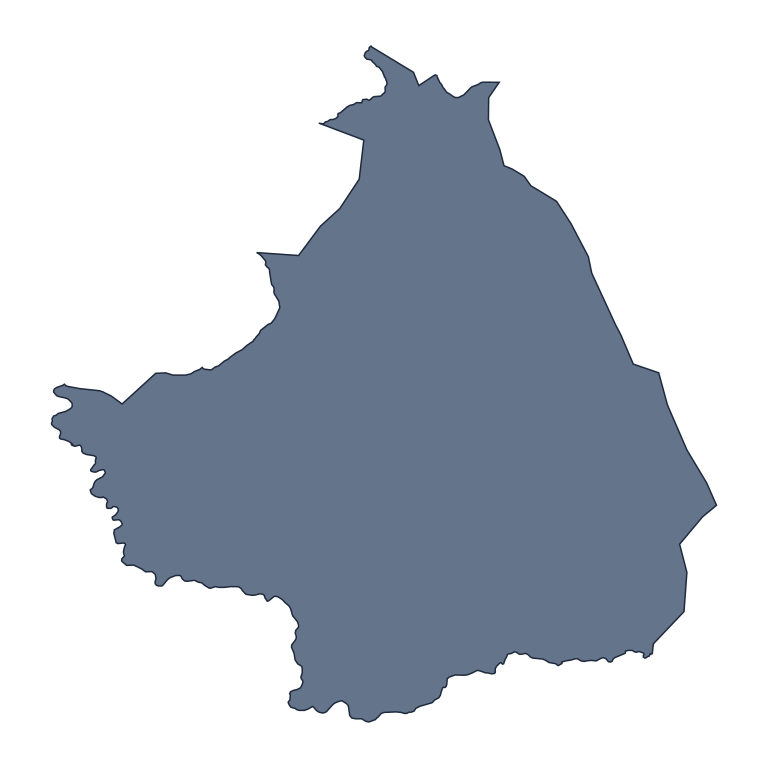 Arbulag, Hövsgöl, Mongolia (Natural Earth projection)
{"feature_id": "93677404B38396259035136", "entity_name": "Arbulag", "entity_type": "district", "adm_level": 2, "iso_a3": "MNG", "parent_name": "Mongolia", "parent_adm1": "Hövsgöl", "projection": "natural_earth1", "projection_center": [99.205, 49.962], "detail": "fine", "context": "isolated", "style": "filled", "palette": "slate", "viewbox_px": 768, "rotation_deg": 0, "n_neighbors": 0, "source": "geoboundaries", "source_scale": "gbopen_adm2", "svg_char_len": 6005}
<svg xmlns="http://www.w3.org/2000/svg" viewBox="0 0 768 768"><path d="M499.2,82.3L482.7,82.2L480.6,82.8L478.2,84.5L472.4,86.6L471.0,87.5L463.7,95.0L458.2,97.6L455.4,97.5L453.8,96.9L448.8,93.4L447.4,92.8L446.0,91.5L444.9,89.7L443.1,87.6L441.5,84.3L440.0,82.8L437.2,76.9L436.9,75.5L435.2,74.9L434.0,75.5L418.8,85.6L413.5,72.3L372.1,47.2L371.0,46.1L369.3,47.4L368.9,49.9L368.4,50.5L366.6,51.3L365.4,52.5L364.2,55.6L364.8,57.0L366.7,59.1L370.8,59.9L371.6,60.4L372.2,61.6L374.7,63.7L376.7,66.4L378.9,67.1L382.6,71.7L383.5,74.6L384.3,75.6L384.3,76.8L385.4,78.0L387.1,83.1L386.7,84.8L385.1,87.1L385.2,91.9L380.7,96.1L374.3,96.6L372.7,97.3L369.7,100.0L368.9,100.3L366.8,99.2L362.9,99.6L362.3,100.4L362.0,102.4L361.5,102.8L356.7,102.6L353.5,104.5L349.8,105.4L347.0,107.0L340.4,112.7L338.2,113.5L337.8,114.4L338.1,116.3L335.9,118.4L333.2,119.5L330.1,119.6L327.7,121.4L325.6,121.8L324.2,123.2L323.0,123.9L318.8,123.1L363.8,140.1L359.2,179.2L339.8,208.5L320.4,226.2L298.6,255.5L256.6,252.6L258.2,253.4L261.0,255.5L265.6,261.0L265.8,262.1L265.4,264.9L267.3,267.3L268.2,267.7L269.5,269.7L269.6,272.1L271.4,283.4L272.0,285.0L273.8,287.2L274.1,289.1L273.9,292.3L274.4,293.9L278.9,301.3L279.8,307.7L274.9,318.5L271.1,323.3L268.3,324.3L260.6,330.4L259.2,333.6L256.2,336.9L255.2,338.6L254.1,339.4L253.2,341.1L246.8,345.5L242.1,349.7L236.0,352.9L230.4,357.0L227.8,359.3L224.3,361.1L218.5,365.9L215.0,367.1L211.7,369.6L210.3,369.9L204.2,369.1L203.5,368.9L202.2,367.4L199.9,369.3L194.1,371.7L191.0,373.8L185.6,375.1L173.0,375.1L165.8,372.9L155.7,373.3L122.1,404.0L111.4,396.1L102.7,391.8L99.3,390.7L79.7,388.6L70.4,386.9L67.2,386.3L65.6,385.5L64.4,384.2L62.7,385.4L56.8,387.4L54.3,389.0L53.6,391.1L53.8,392.3L56.6,395.6L58.2,396.4L65.3,398.0L67.9,398.9L71.3,402.2L72.2,403.7L72.1,406.8L70.6,408.6L65.5,411.5L58.3,413.4L56.0,415.3L53.8,415.9L52.1,418.5L52.3,421.4L51.5,423.3L51.6,424.4L54.4,427.3L59.2,429.8L60.6,431.5L60.6,433.5L59.4,437.0L59.7,438.3L60.7,439.0L64.4,439.7L69.1,441.6L71.9,443.5L72.9,444.8L72.6,445.0L71.2,443.8L71.5,444.9L73.7,446.0L75.2,446.3L79.0,445.2L79.9,445.3L80.7,445.9L81.6,447.6L81.9,451.6L83.3,453.2L86.5,454.5L93.8,455.7L95.7,456.6L96.2,457.7L95.4,460.6L95.5,463.7L93.9,465.2L90.8,469.6L90.7,470.6L91.2,471.2L93.6,472.0L95.9,472.1L99.6,470.3L103.3,469.6L104.1,469.9L105.2,472.1L105.3,472.8L104.8,473.7L102.4,476.9L97.0,479.6L95.2,481.4L94.3,482.9L92.9,487.4L91.8,488.8L90.4,489.6L90.3,490.5L91.5,493.7L95.0,496.2L99.1,497.5L102.1,497.5L103.2,496.9L106.5,499.0L107.6,501.4L106.5,504.0L106.6,507.3L106.9,508.0L108.2,508.4L110.9,508.3L111.9,507.8L112.9,506.7L114.2,506.5L116.8,507.2L118.0,508.5L118.3,510.1L117.9,511.8L115.6,514.8L112.3,517.1L112.2,518.0L113.0,519.8L113.8,520.2L118.6,519.7L119.6,520.1L121.0,521.4L122.2,523.9L121.9,525.0L119.9,526.8L114.4,529.8L113.8,533.2L116.2,542.7L117.9,543.6L123.6,543.0L124.7,543.4L125.6,544.5L124.5,546.9L123.4,551.9L123.7,553.7L124.5,555.5L124.2,556.3L121.9,558.6L121.6,560.5L122.0,561.5L126.7,565.4L133.7,565.1L141.6,568.9L145.5,571.8L151.8,571.6L152.8,572.2L155.0,574.2L155.5,575.5L156.0,578.7L155.1,581.8L155.2,583.7L156.3,585.1L158.0,585.9L161.4,586.0L162.5,585.7L167.3,579.9L170.0,577.7L175.5,575.6L179.6,575.4L181.0,576.3L182.3,578.9L184.5,580.9L187.0,581.3L194.5,580.3L198.3,582.2L201.9,582.9L204.5,585.3L209.2,588.1L210.8,588.2L215.3,586.6L219.0,587.4L224.0,587.4L230.9,586.6L237.8,586.7L238.8,586.9L241.3,588.7L242.5,590.7L246.0,594.3L252.0,595.3L255.1,595.1L260.2,593.7L263.1,594.5L264.4,595.5L264.9,597.7L267.3,601.3L269.1,600.5L273.5,596.9L275.0,596.2L278.0,596.8L282.4,599.7L284.9,602.4L288.9,605.9L289.9,607.3L290.7,609.0L292.6,615.7L297.3,621.5L298.5,624.8L298.6,627.2L296.0,629.9L295.4,631.9L295.3,633.2L296.3,636.6L296.2,638.2L295.4,640.0L291.7,645.0L291.5,647.3L294.1,653.4L295.0,659.5L295.6,660.7L297.7,663.9L300.9,665.7L302.1,667.3L302.3,672.7L300.9,677.1L301.3,678.8L302.9,681.0L302.9,682.3L301.7,685.7L300.2,688.0L297.1,689.5L293.4,690.4L290.2,692.0L290.0,693.3L289.6,693.8L290.3,694.6L290.3,695.1L290.0,699.3L289.7,700.3L288.4,701.6L288.2,702.7L289.7,705.8L291.0,707.3L295.0,708.4L296.7,709.6L299.3,710.4L304.4,710.4L308.2,709.0L312.5,706.5L313.3,706.9L316.7,710.7L318.9,712.1L322.3,713.0L324.5,712.7L326.5,711.7L332.6,704.8L334.4,703.3L337.4,701.9L341.1,700.8L342.2,700.9L346.6,703.7L348.1,705.4L348.5,706.7L349.7,715.5L351.8,718.0L355.7,718.8L361.7,718.8L365.5,721.1L368.1,721.9L369.4,721.8L375.4,719.6L376.7,718.1L378.3,716.9L380.7,714.0L382.0,713.1L384.2,712.4L395.9,711.9L401.0,712.4L404.8,713.5L406.8,713.3L409.0,712.2L411.1,712.2L414.0,711.2L415.9,708.3L420.1,706.2L431.9,702.8L433.0,701.9L434.4,700.1L438.9,697.7L440.4,695.2L441.1,692.2L442.7,687.8L443.4,687.3L445.0,687.5L446.2,686.4L446.8,684.3L447.2,678.9L449.1,677.1L455.1,675.0L464.7,675.2L468.1,674.6L472.5,672.8L477.1,670.4L480.0,670.9L485.7,672.9L487.3,672.8L491.5,673.8L494.2,673.5L494.9,673.1L495.3,672.3L495.2,668.8L496.7,666.1L500.1,662.8L501.0,662.8L502.6,664.2L503.6,663.8L505.1,659.6L506.9,656.2L507.2,654.8L508.5,653.9L511.4,653.5L514.2,651.9L515.9,652.0L519.3,654.2L521.7,654.2L525.8,653.4L528.6,655.0L529.9,656.6L532.3,658.0L542.7,659.1L545.0,660.0L549.0,662.5L555.0,663.6L556.1,664.0L557.6,665.4L558.4,665.5L561.9,663.5L562.1,662.8L561.7,662.1L562.3,661.8L565.7,660.9L570.8,660.1L575.1,658.8L577.5,658.8L581.2,661.0L584.4,661.4L586.9,660.8L591.1,660.4L596.2,660.9L601.6,658.0L603.5,657.7L606.0,658.8L608.5,661.8L610.7,662.0L612.0,661.4L613.4,658.7L615.1,657.5L625.2,653.3L625.6,651.0L629.2,650.3L632.5,650.5L634.3,651.7L636.0,652.3L639.1,651.5L642.7,652.7L643.5,653.1L644.0,654.1L643.2,656.0L643.4,657.2L644.6,658.0L645.7,658.0L647.8,656.5L649.1,656.2L650.3,653.8L650.9,654.2L651.7,653.5L652.3,653.6L653.3,643.9L684.0,611.6L686.9,572.4L679.6,544.2L702.5,516.9L716.5,505.3L706.7,483.0L686.9,449.9L667.5,405.1L658.7,372.8L633.3,364.1L620.7,334.6L615.5,324.7L591.7,273.0L588.4,256.8L571.0,223.6L556.5,201.3L530.8,185.7L524.3,176.4L512.1,169.0L504.0,165.7L499.8,149.5L488.4,119.7L488.7,97.6L499.2,82.3Z" fill="#64748b" stroke="#1e293b" stroke-width="1.5"/></svg>